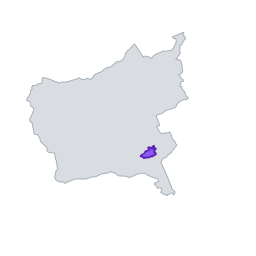 location of Masi-Manimba, Bandundu, Democratic Republic of the Congo, rotated 247°
{"feature_id": "63176286B37254158064276", "entity_name": "Masi-Manimba", "entity_type": "district", "adm_level": 2, "iso_a3": "COD", "parent_name": "Democratic Republic of the Congo", "parent_adm1": "Bandundu", "projection": "robinson", "projection_center": [18.055, -5.013], "detail": "fine", "context": "in_parent", "style": "filled", "palette": "violet", "viewbox_px": 256, "rotation_deg": 247, "n_neighbors": 0, "source": "geoboundaries", "source_scale": "gbopen_adm2", "svg_char_len": 6676}
<svg xmlns="http://www.w3.org/2000/svg" viewBox="0 0 256 256"><g transform="rotate(247 128 128)"><path d="M202.8,166.9L187.4,169.7L187.7,170.7L187.5,171.7L187.1,172.5L185.5,174.7L183.2,176.7L183.2,177.2L184.3,179.4L185.1,182.4L184.8,187.8L185.1,189.2L185.1,190.3L184.3,191.6L182.6,198.0L183.7,201.1L186.7,204.0L188.4,206.2L191.4,207.0L191.9,206.9L192.1,205.1L194.5,204.4L194.4,215.8L194.2,216.5L193.8,216.6L193.2,216.3L193.0,215.2L192.4,214.7L189.5,216.1L188.7,216.1L187.9,215.8L187.3,215.3L187.2,214.4L185.1,211.0L184.1,210.8L183.0,207.8L178.4,205.6L176.7,205.4L175.8,204.8L174.9,202.4L173.3,200.9L173.0,199.2L172.7,198.9L171.8,199.3L170.9,202.0L169.9,202.6L168.0,202.6L163.3,201.9L159.9,200.5L159.0,200.6L157.7,199.3L157.1,197.3L157.5,195.7L157.2,195.5L152.1,196.8L150.8,197.6L149.6,197.4L149.3,197.0L149.8,195.9L149.6,194.7L149.2,194.1L147.7,193.7L147.2,192.4L146.3,192.2L145.9,192.4L145.7,193.3L145.2,193.6L142.1,193.2L138.9,194.3L134.6,194.0L132.5,195.3L132.2,195.3L131.8,194.6L131.4,192.4L131.6,191.8L132.3,191.4L132.5,190.5L132.3,188.3L132.5,187.8L132.2,186.5L131.6,184.4L130.7,182.7L128.8,180.2L128.4,179.0L128.6,176.2L129.2,171.7L129.1,168.3L128.4,166.2L128.2,163.8L128.7,159.6L128.2,158.6L118.4,158.3L118.0,158.0L117.8,157.4L118.3,154.9L112.4,155.5L110.6,156.0L109.5,157.0L109.1,158.3L109.1,160.1L108.2,161.9L107.9,164.8L106.2,165.1L104.6,165.1L101.4,164.5L98.3,165.3L96.8,166.1L96.0,165.8L93.2,166.1L92.9,165.8L89.7,160.0L88.3,158.1L88.0,157.2L88.1,156.3L87.8,155.0L86.3,152.1L86.0,150.7L86.1,148.5L85.9,147.8L84.6,145.9L83.7,145.3L82.7,145.0L66.7,145.2L61.5,144.9L57.6,145.1L55.7,144.9L55.1,144.7L53.4,145.1L52.4,145.9L51.1,146.3L50.2,146.1L48.5,143.9L50.8,143.6L51.0,143.4L51.1,138.2L50.5,137.5L51.7,136.6L53.7,134.3L55.6,133.5L55.8,133.0L56.2,133.0L56.9,134.0L58.5,135.2L60.6,134.1L60.8,133.8L61.0,131.6L61.6,131.4L62.4,131.9L62.9,131.9L63.8,131.3L66.4,130.2L67.2,131.6L66.5,132.9L66.8,133.8L66.8,135.2L67.3,135.5L69.3,135.7L69.9,135.3L74.0,130.2L75.0,129.6L76.7,127.6L79.0,126.7L80.0,125.1L81.3,122.3L81.9,118.2L81.7,111.1L81.9,110.1L84.6,106.9L87.4,101.1L89.3,99.6L90.7,99.0L92.9,96.9L94.7,94.7L94.4,92.2L94.9,90.0L95.8,87.3L96.1,84.5L95.8,81.4L95.9,79.0L97.2,75.0L97.3,70.5L98.5,66.7L100.8,61.9L101.9,58.3L101.7,54.8L102.0,52.2L101.9,50.7L101.5,49.3L101.7,48.5L102.6,48.1L103.7,46.8L105.6,43.3L107.8,41.6L109.3,41.1L110.8,41.2L111.8,41.5L113.4,42.8L115.3,43.9L116.7,45.3L118.1,47.4L121.4,47.9L122.8,48.6L123.7,48.9L124.0,48.7L124.7,48.8L126.2,49.4L127.5,49.1L133.6,50.5L134.3,49.8L136.0,46.2L137.3,44.9L139.4,44.8L141.0,45.5L141.9,45.5L149.4,42.4L150.4,42.2L153.1,43.0L154.9,42.5L155.6,42.6L157.2,42.1L158.4,39.9L159.4,39.4L170.3,41.7L171.9,40.6L172.7,40.4L175.1,41.3L175.8,42.6L177.3,43.8L178.3,45.7L179.9,46.7L180.7,47.7L181.7,48.4L183.7,48.7L186.2,47.0L187.9,47.2L189.7,48.1L190.3,48.1L191.6,47.0L192.3,46.0L193.0,45.7L194.1,46.2L194.9,47.2L195.7,48.7L198.4,51.9L201.0,53.3L201.7,55.3L202.6,55.1L203.1,55.3L203.8,56.6L204.3,56.8L204.3,57.3L203.7,58.5L203.1,60.8L203.9,62.2L203.2,64.2L202.9,66.3L203.7,66.9L204.8,66.8L205.8,67.9L206.6,68.1L207.5,69.3L207.3,70.2L204.7,73.6L200.8,77.8L199.5,78.3L198.9,79.1L198.4,80.3L197.3,81.4L196.4,81.8L196.3,84.8L195.0,88.0L194.5,88.6L193.8,93.7L193.9,94.6L193.2,98.8L193.3,102.7L191.4,103.9L190.1,105.8L189.6,107.1L189.6,110.3L187.4,112.2L187.3,112.7L187.8,114.9L188.6,115.2L188.6,116.0L190.3,118.4L190.2,125.8L190.3,126.5L191.2,128.2L191.8,131.6L191.1,135.8L193.4,143.6L192.4,146.5L192.8,149.2L194.2,152.1L197.5,154.9L198.4,156.0L199.2,157.6L200.0,160.0L202.8,166.9Z" fill="#d9dde1" stroke="#a8b0b8" stroke-width="1"/><path d="M95.3,130.3L95.1,130.5L94.9,130.6L94.8,130.8L94.6,131.0L94.5,130.9L94.4,131.0L94.3,131.3L94.2,131.2L94.2,131.3L94.1,131.5L93.9,131.6L94.0,131.7L93.9,131.8L94.0,131.9L94.0,132.1L94.2,132.3L94.1,132.5L93.8,132.6L93.8,132.8L93.7,132.8L93.7,133.0L93.8,133.1L93.7,133.1L93.7,133.3L93.6,133.5L93.4,133.7L93.3,133.8L93.2,133.9L93.2,134.0L93.1,134.4L93.0,134.5L92.9,134.7L93.0,134.8L92.9,135.0L93.0,135.1L92.9,135.1L92.9,135.3L92.8,135.5L92.7,135.5L92.6,135.8L92.6,136.0L92.7,136.3L92.7,136.5L92.6,136.8L92.6,137.0L92.8,137.2L92.8,137.3L92.7,137.6L92.8,137.7L92.8,137.8L92.9,138.0L93.0,138.0L92.9,138.1L92.7,138.3L92.7,138.5L92.5,138.8L92.4,138.9L92.5,139.0L92.4,139.0L92.4,139.3L92.4,139.5L92.4,139.9L92.4,140.0L92.3,140.3L92.3,140.5L92.4,140.8L92.4,141.0L92.5,141.0L92.4,141.1L92.4,141.3L92.5,141.4L92.5,141.5L92.7,141.8L92.8,141.9L92.8,142.1L92.8,142.3L92.8,142.5L92.7,142.6L92.7,142.8L92.8,142.9L92.7,143.0L92.8,143.2L92.9,143.3L92.9,143.5L93.2,143.5L93.2,143.4L93.4,143.4L93.5,143.3L93.8,143.6L93.9,143.4L94.1,143.3L94.3,143.4L94.5,143.5L94.9,143.6L95.0,143.5L95.2,143.1L95.5,142.8L95.5,142.7L95.7,142.8L96.0,142.8L96.0,143.1L96.4,143.4L96.6,143.4L96.8,143.4L97.0,143.3L97.0,143.6L97.4,143.6L97.5,143.6L97.5,143.8L97.7,144.0L97.6,144.3L97.6,144.5L97.8,144.4L97.9,144.5L97.7,144.8L97.6,145.0L97.9,145.0L98.1,145.1L98.3,144.9L98.2,144.9L98.3,144.8L98.2,144.8L98.2,144.7L98.3,144.6L98.4,144.4L98.5,144.2L98.4,144.2L98.5,144.2L98.8,144.4L98.8,144.6L98.8,144.9L98.8,145.0L98.9,144.9L99.0,144.8L99.0,144.7L99.1,144.8L99.0,145.0L99.3,144.9L99.4,144.7L99.6,144.7L99.8,144.3L100.0,144.2L100.1,144.4L100.2,144.5L100.5,144.5L100.7,144.8L100.8,145.0L101.1,145.0L101.4,144.9L101.5,144.9L101.5,144.4L101.5,144.1L101.5,143.9L101.5,143.7L101.5,143.4L101.2,143.4L100.9,143.3L100.7,143.4L100.6,143.5L100.4,143.6L100.0,143.6L99.9,143.8L99.8,143.5L99.7,143.3L99.4,143.2L99.2,143.1L99.3,143.1L99.4,142.8L99.4,142.7L99.5,142.7L99.6,142.3L99.7,142.2L99.8,142.2L99.8,141.9L99.8,141.7L100.0,141.7L100.1,141.4L100.3,141.5L100.6,141.7L100.8,141.6L100.8,141.2L100.9,140.9L101.0,140.8L101.1,140.7L101.3,140.7L101.3,140.4L101.4,140.2L101.4,139.9L101.4,140.0L101.5,140.0L101.5,139.9L101.6,140.0L101.7,139.9L101.6,139.7L101.7,139.8L101.8,139.8L101.8,139.7L101.9,139.8L101.9,139.6L102.0,139.7L102.1,139.4L102.2,139.2L102.2,138.9L102.1,138.7L101.9,138.8L101.6,138.9L101.2,139.0L100.9,138.8L100.7,138.7L100.3,138.8L100.1,138.6L99.7,138.7L99.4,138.7L99.5,138.3L99.7,138.1L99.6,137.7L99.6,137.4L99.6,137.2L99.6,136.8L99.6,136.6L99.7,136.3L99.6,136.2L99.5,135.9L99.3,135.8L99.3,135.7L99.8,135.6L99.8,135.3L99.9,135.0L99.8,134.9L99.6,134.8L99.5,134.6L99.3,134.5L99.2,134.2L98.7,134.1L98.5,133.9L98.4,133.4L98.3,133.1L98.3,132.7L98.2,132.2L98.1,131.8L98.1,131.7L98.0,131.2L98.0,130.9L97.9,130.7L97.9,130.4L97.9,130.2L97.9,129.7L97.8,129.2L97.4,128.9L97.4,129.0L97.3,128.9L97.2,128.9L97.0,128.6L96.9,128.6L96.6,128.8L96.6,129.0L96.4,129.3L96.5,129.4L96.3,129.4L96.0,129.6L96.0,129.8L95.9,129.8L95.8,130.0L95.7,130.0L95.7,129.9L95.6,130.0L95.5,130.4L95.4,130.4L95.3,130.3Z" fill="#8b5cf6" stroke="#5b21b6" stroke-width="1.5"/></g></svg>